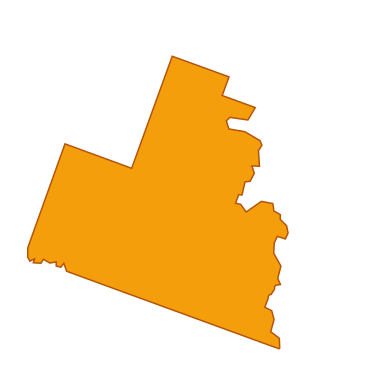 Kiowa, Oklahoma, United States of America (Equal Earth projection), rotated 200°
{"feature_id": "52423323B11344178006251", "entity_name": "Kiowa", "entity_type": "district", "adm_level": 2, "iso_a3": "USA", "parent_name": "United States of America", "parent_adm1": "Oklahoma", "projection": "equal_earth", "projection_center": [-99.105, 34.859], "detail": "fine", "context": "isolated", "style": "filled", "palette": "amber", "viewbox_px": 384, "rotation_deg": 200, "n_neighbors": 0, "source": "geoboundaries", "source_scale": "gbopen_adm2", "svg_char_len": 998}
<svg xmlns="http://www.w3.org/2000/svg" viewBox="0 0 384 384"><g transform="rotate(200 192 192)"><path d="M327.8,193.8L327.3,91.2L327.2,83.3L324.1,74.6L320.7,71.6L317.1,75.3L316.9,71.2L309.6,73.4L308.6,78.0L301.3,76.6L295.7,79.9L294.3,76.0L289.5,76.5L288.1,81.2L282.7,74.6L176.0,74.5L73.0,74.4L56.5,74.5L56.2,75.4L59.9,84.4L70.2,87.6L71.3,100.2L76.5,107.7L84.2,108.6L84.0,117.8L84.5,119.0L84.5,120.5L83.8,122.2L82.5,122.9L82.3,124.3L81.5,127.6L81.2,128.7L81.7,130.4L81.9,131.6L81.6,132.9L77.2,135.3L81.9,140.1L83.1,152.8L94.2,162.3L97.3,172.2L96.7,179.5L88.2,179.8L87.7,186.3L91.5,192.6L99.8,196.5L101.2,200.9L108.6,202.2L112.1,208.8L123.6,206.9L134.3,191.7L142.1,197.1L147.2,196.3L147.2,205.5L144.0,206.3L145.6,219.7L141.0,222.0L139.9,230.9L144.6,237.0L137.4,239.3L143.7,253.6L142.3,259.8L145.6,263.5L163.0,266.7L178.9,263.9L184.1,270.6L181.8,275.1L164.1,278.8L161.4,292.9L196.6,293.0L196.6,312.8L257.0,312.8L256.8,193.6L327.8,193.8Z" fill="#f59e0b" stroke="#b45309" stroke-width="1.5"/></g></svg>